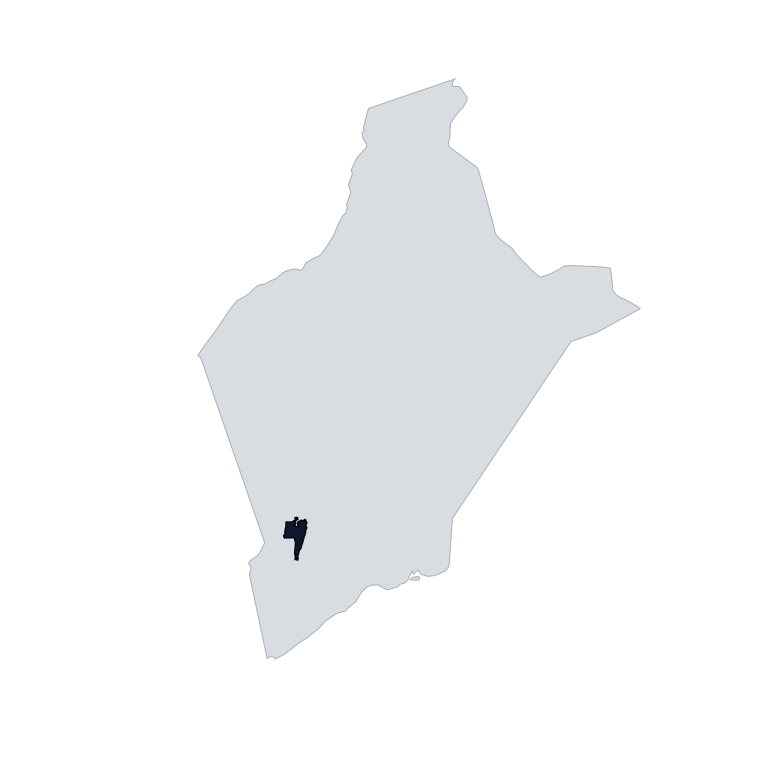 Kibwezi East, Eastern, Kenya (highlighted), rotated 34°
{"feature_id": "3690345B7491344905793", "entity_name": "Kibwezi East", "entity_type": "district", "adm_level": 2, "iso_a3": "KEN", "parent_name": "Kenya", "parent_adm1": "Eastern", "projection": "equal_earth", "projection_center": [38.226, -2.656], "detail": "fine", "context": "in_parent", "style": "filled", "palette": "ink", "viewbox_px": 768, "rotation_deg": 34, "n_neighbors": 0, "source": "geoboundaries", "source_scale": "gbopen_adm2", "svg_char_len": 6968}
<svg xmlns="http://www.w3.org/2000/svg" viewBox="0 0 768 768"><g transform="rotate(34 384 384)"><path d="M213.8,464.6L213.7,454.8L214.7,429.8L214.6,407.9L215.5,397.0L219.5,390.0L221.4,385.0L222.7,377.9L224.8,372.1L229.6,367.5L230.4,364.9L235.5,357.1L238.5,347.0L240.8,343.6L243.6,340.4L245.6,338.8L249.0,337.1L251.6,336.2L252.0,335.4L252.3,333.7L251.4,327.5L252.5,325.5L254.3,321.3L256.3,317.4L258.1,315.0L259.2,312.4L259.6,308.1L259.7,304.9L259.7,299.9L259.1,288.3L257.0,278.7L255.7,267.9L256.7,264.3L255.0,258.0L254.1,257.7L252.8,256.3L251.0,250.3L249.7,244.9L248.9,243.5L243.2,238.8L240.3,227.5L237.2,225.0L235.4,213.9L235.1,210.7L236.9,199.6L236.8,197.0L234.9,194.7L229.5,192.3L225.1,187.7L225.7,186.1L226.0,184.5L223.7,183.3L217.1,164.3L225.7,152.9L234.4,141.3L245.5,126.7L255.7,113.3L264.5,101.6L272.3,91.3L272.2,93.3L272.2,95.9L273.2,97.5L274.8,98.6L277.0,97.4L279.0,95.8L280.9,95.5L292.6,99.8L294.6,103.6L294.5,107.6L295.0,110.5L294.1,113.5L293.1,122.4L293.4,130.6L296.9,136.6L300.0,141.4L302.5,148.0L304.4,150.1L306.9,151.1L315.0,151.4L327.0,151.9L338.6,152.3L339.6,152.4L342.0,153.3L352.7,162.4L362.4,170.6L370.6,177.8L378.6,184.8L386.4,191.5L392.4,197.2L398.3,198.9L408.0,199.7L414.6,200.0L420.8,202.3L430.0,204.5L436.8,205.7L441.0,206.9L452.5,208.2L454.3,207.5L459.4,201.2L465.1,191.1L467.3,185.5L474.6,180.0L487.5,172.2L496.5,166.8L506.6,161.3L511.2,166.0L517.5,173.7L520.4,177.4L522.6,179.1L526.1,180.2L530.3,180.2L532.5,180.1L537.2,179.1L548.1,178.2L554.3,178.3L549.1,188.4L542.8,200.5L531.3,222.8L522.5,234.6L515.8,243.5L515.2,245.1L515.2,255.0L515.3,279.2L515.5,327.7L515.6,376.2L515.8,424.6L515.8,448.9L515.9,457.0L521.7,467.2L527.4,477.2L535.0,490.3L539.0,497.4L539.7,499.7L539.5,504.5L533.3,514.3L528.2,518.8L521.3,521.0L519.3,520.6L516.6,519.1L515.5,521.5L514.7,525.2L513.2,524.4L512.0,523.3L512.7,529.9L513.4,533.1L512.4,537.5L509.1,541.3L508.8,544.5L501.5,553.0L491.3,553.9L485.9,558.1L483.5,561.6L481.7,569.1L482.3,580.6L479.5,589.4L479.0,593.9L473.7,599.6L471.3,604.9L469.6,610.3L468.1,612.6L466.3,624.6L463.8,631.9L463.2,634.4L462.6,636.6L460.6,640.8L459.4,643.8L458.5,645.7L452.3,664.4L447.4,672.9L443.6,671.9L441.1,675.2L440.8,676.7L439.4,675.8L436.3,672.8L429.7,666.4L423.2,660.1L416.6,653.7L410.1,647.4L403.5,641.0L397.0,634.7L390.4,628.3L383.9,622.0L380.1,618.2L378.4,616.0L377.0,611.6L376.4,610.6L374.6,609.2L372.6,608.9L372.0,608.0L372.0,605.9L372.7,602.9L375.1,597.1L375.4,593.6L374.9,589.7L374.2,583.5L373.5,582.1L369.2,578.8L360.1,572.0L351.0,565.1L341.9,558.3L332.8,551.5L323.7,544.6L314.6,537.8L305.5,530.9L296.4,524.1L287.3,517.2L278.2,510.4L269.1,503.6L260.0,496.7L250.9,489.9L241.8,483.0L232.7,476.2L223.6,469.3L220.1,466.8L217.0,464.6L213.8,464.6ZM516.5,531.1L514.9,531.6L515.7,528.3L520.4,524.1L522.3,525.0L522.7,526.0L522.6,526.9L521.8,527.7L516.5,531.1Z" fill="#d9dde1" stroke="#a8b0b8" stroke-width="1"/><path d="M386.0,566.3L387.6,567.3L390.5,565.1L393.0,563.4L393.3,563.2L393.5,563.0L393.7,562.9L393.7,562.6L393.8,562.5L394.0,562.4L394.2,562.1L394.3,562.1L394.5,562.1L394.8,562.1L395.1,562.2L395.3,562.0L395.4,561.9L395.4,561.7L395.5,561.4L395.5,561.2L395.6,561.8L395.8,561.9L395.9,562.0L396.6,562.4L399.2,565.0L399.4,565.1L399.7,565.6L400.6,567.0L401.5,568.8L402.1,569.6L402.3,569.9L403.1,571.7L404.1,573.6L405.1,574.9L405.4,575.2L405.6,575.3L406.0,575.2L406.2,575.3L406.4,575.8L406.6,576.3L407.1,577.0L407.4,577.3L407.8,577.9L407.9,578.0L408.2,578.8L408.3,579.0L408.4,578.8L408.5,578.8L408.7,578.6L408.8,578.6L409.0,578.6L409.3,578.4L409.5,578.2L409.7,578.5L409.9,578.5L410.4,578.5L410.6,578.5L410.7,578.3L410.8,578.1L410.7,577.9L410.6,577.6L410.4,577.5L410.4,577.4L410.3,577.5L410.2,577.5L409.9,576.9L409.8,577.0L409.7,576.9L409.8,576.7L409.7,576.5L409.5,576.2L409.5,575.8L409.4,575.8L409.1,575.9L409.0,575.7L408.9,575.2L408.7,574.7L408.6,574.2L408.4,574.0L408.4,573.9L408.4,573.6L408.0,573.4L407.9,573.3L408.0,573.1L408.1,572.8L408.1,572.6L407.7,572.6L407.6,572.4L407.7,572.2L407.7,571.9L407.4,571.7L407.5,571.3L407.4,571.2L407.2,571.2L407.0,570.8L407.1,570.4L407.1,570.1L406.9,569.6L406.9,569.3L406.9,569.1L406.6,568.8L406.6,568.7L406.7,568.3L406.7,568.0L406.8,567.7L407.1,567.5L407.1,567.4L406.9,566.7L406.9,566.4L406.7,566.0L406.6,565.7L406.4,565.1L406.2,564.3L406.0,564.0L406.0,563.8L405.8,563.3L405.6,562.6L405.4,562.1L405.4,561.9L405.3,561.7L405.2,560.9L405.0,560.5L405.0,560.2L404.9,559.9L404.7,559.8L404.7,559.7L404.4,559.4L404.3,559.2L404.4,558.9L404.2,558.7L404.2,558.3L403.8,557.1L403.8,556.8L403.6,556.4L403.5,555.9L403.4,555.8L403.2,555.7L403.0,554.7L402.9,554.5L402.8,554.3L402.9,554.2L403.0,554.2L403.1,553.9L402.9,553.6L402.5,553.5L402.5,553.3L402.5,553.2L402.4,552.9L402.4,552.6L402.4,552.4L402.2,552.1L402.3,551.8L402.2,551.6L402.0,551.4L402.1,551.0L402.0,550.8L401.6,550.6L401.5,550.4L401.4,550.1L401.3,549.9L401.1,549.9L401.0,549.7L401.0,549.2L400.9,548.9L400.9,548.6L400.8,548.3L400.8,548.0L400.7,547.7L400.6,547.3L400.5,547.0L400.4,546.4L400.2,546.3L399.8,546.1L399.6,546.2L399.3,546.0L399.2,545.8L399.1,545.7L398.8,545.5L398.7,545.4L398.7,545.2L398.4,545.0L398.2,544.9L398.0,544.2L397.8,542.8L397.7,542.5L397.7,542.4L397.4,542.3L397.1,542.3L397.1,542.0L397.0,541.9L396.9,541.8L396.8,541.6L396.7,541.5L396.5,541.4L396.2,541.5L396.1,541.4L395.9,541.3L395.7,541.2L395.4,540.9L395.2,540.8L395.1,540.5L395.0,540.4L394.6,540.4L394.4,540.5L394.0,540.8L394.0,541.1L394.0,541.4L394.1,541.6L393.9,541.6L393.9,541.9L393.9,542.2L394.0,542.2L394.0,542.3L393.9,542.4L393.9,542.5L393.7,542.5L393.6,542.4L393.5,542.5L393.4,542.5L393.3,542.8L393.2,542.8L392.9,543.0L392.7,543.3L392.6,543.5L392.4,543.5L392.3,543.9L392.1,543.9L391.9,543.6L391.8,543.8L391.7,543.8L391.6,543.6L391.5,543.8L391.4,543.8L391.3,544.0L391.2,544.0L390.9,544.5L390.8,544.9L390.8,545.0L390.7,545.3L390.5,545.5L390.4,545.6L390.2,545.6L390.0,545.9L390.1,546.0L390.0,546.3L390.0,546.5L389.9,546.8L390.1,547.2L390.0,547.3L390.0,547.5L390.2,547.4L390.2,547.5L390.5,548.0L390.4,548.3L390.5,548.3L390.8,548.6L391.0,548.6L391.1,548.8L391.3,548.8L391.5,548.9L391.5,549.0L391.7,549.3L391.8,549.3L392.0,549.3L392.3,549.3L392.4,549.2L392.5,549.2L392.7,549.3L392.9,549.3L393.0,549.4L392.9,549.6L391.6,550.7L390.9,551.3L390.2,551.8L390.0,552.0L389.7,551.7L389.5,551.4L389.4,551.2L389.2,550.5L389.0,550.2L388.7,549.9L388.5,549.7L388.0,548.4L387.9,548.2L387.7,548.0L387.6,547.7L387.3,547.2L387.2,546.8L387.2,546.7L387.5,546.4L387.5,546.2L387.4,546.0L387.4,545.9L387.5,545.7L387.6,545.3L388.0,544.6L388.3,544.4L388.2,544.3L387.9,544.3L387.7,544.4L387.4,544.1L387.3,543.8L387.1,543.7L386.9,543.4L386.9,543.2L386.6,543.3L386.3,543.4L386.1,543.5L385.9,543.9L385.4,544.3L385.0,544.5L385.5,545.2L385.7,545.3L386.0,545.4L386.7,545.5L386.8,545.5L386.0,547.3L385.0,549.7L383.9,550.6L380.0,553.2L381.9,556.2L382.3,556.7L382.7,557.8L382.9,558.2L383.1,559.0L383.5,560.0L383.8,560.3L384.1,560.8L384.5,562.3L385.3,562.5L385.5,562.7L385.7,563.5L385.7,564.4L385.6,564.6L385.6,565.1L385.7,565.9L386.0,566.3Z" fill="#0f172a" stroke="#020617" stroke-width="1.5"/></g></svg>